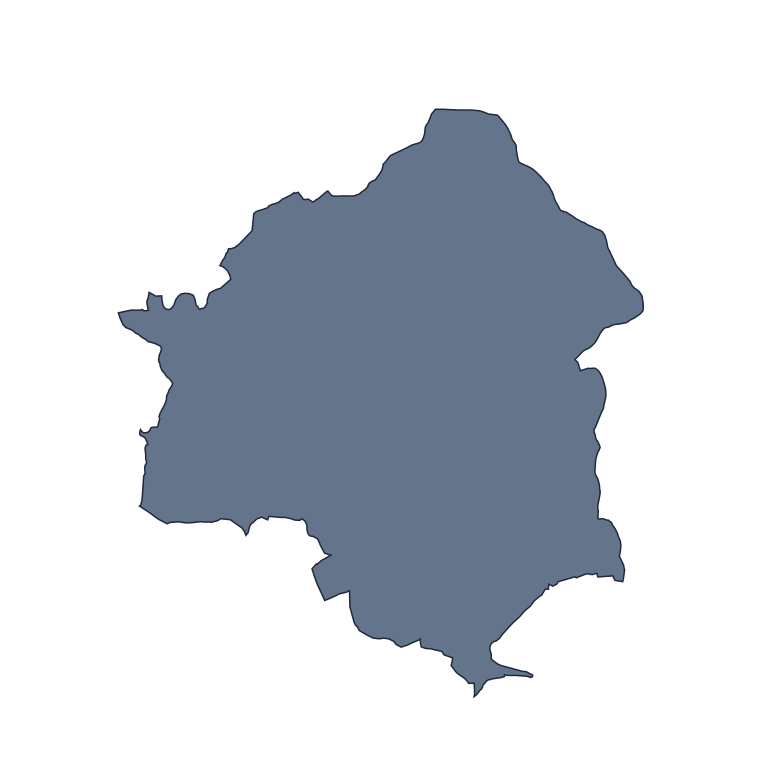 outline of Poiana Ilvei, Bistrita-Nasaud, Romania, rotated 282°
{"feature_id": "2599482B95786462044343", "entity_name": "Poiana Ilvei", "entity_type": "district", "adm_level": 2, "iso_a3": "ROU", "parent_name": "Romania", "parent_adm1": "Bistrita-Nasaud", "projection": "orthographic", "projection_center": [24.751, 47.354], "detail": "fine", "context": "isolated", "style": "filled", "palette": "slate", "viewbox_px": 768, "rotation_deg": 282, "n_neighbors": 0, "source": "geoboundaries", "source_scale": "gbopen_adm2", "svg_char_len": 6157}
<svg xmlns="http://www.w3.org/2000/svg" viewBox="0 0 768 768"><g transform="rotate(282 384 384)"><path d="M240.3,658.6L244.0,658.6L252.1,658.0L257.0,655.8L264.4,650.1L271.2,649.8L275.7,649.2L279.8,647.6L284.6,644.3L286.3,643.5L291.0,639.7L293.2,637.2L296.1,635.0L296.5,633.5L297.5,631.8L297.2,629.9L297.6,628.1L297.7,625.4L297.1,624.4L296.6,621.6L298.1,621.0L304.1,620.0L306.8,619.0L309.4,618.4L321.2,618.2L324.5,617.6L326.7,616.5L328.0,616.3L330.5,615.5L334.8,613.3L336.5,612.2L339.5,609.6L341.5,608.6L352.1,607.0L355.8,606.8L361.5,607.3L364.1,608.1L366.8,608.6L369.3,607.3L370.3,606.3L372.0,605.3L373.1,603.9L375.2,602.2L378.0,601.2L380.9,599.4L382.3,599.1L383.2,599.0L386.4,599.9L399.3,602.2L405.8,603.7L409.6,603.5L416.3,603.7L420.3,603.2L425.1,601.8L431.2,598.8L436.6,595.6L439.1,593.5L441.1,591.5L443.1,588.0L443.2,586.9L443.1,585.8L442.0,582.3L441.8,580.3L437.8,573.3L445.0,569.3L445.9,568.4L447.5,565.6L457.6,572.0L460.2,574.8L460.9,576.1L461.9,577.2L464.9,579.7L468.1,581.7L471.2,582.9L478.8,585.1L482.9,586.9L484.1,587.7L485.6,589.7L485.9,590.9L486.4,591.9L488.7,594.8L490.1,597.0L491.5,601.3L494.1,607.8L495.7,609.7L498.0,611.8L501.0,615.6L504.8,619.1L506.8,620.7L509.5,622.0L510.9,622.0L516.0,621.0L523.7,618.1L527.5,614.4L527.6,613.8L528.8,611.7L529.6,609.4L531.5,606.6L532.7,605.4L535.7,603.2L542.5,594.4L548.1,586.6L552.8,583.2L564.2,574.4L569.8,572.1L575.1,569.2L576.5,568.0L578.3,565.9L578.9,564.7L579.2,563.5L580.1,558.3L581.1,554.9L581.9,550.5L583.5,546.2L583.7,544.0L585.5,537.7L587.4,533.4L589.8,527.1L590.0,526.3L590.1,523.6L590.5,521.0L591.1,520.1L592.1,519.1L593.3,518.3L598.1,514.0L600.8,512.1L604.1,510.3L606.8,508.6L609.0,506.5L611.4,504.8L613.7,502.0L615.1,499.8L619.1,494.7L622.9,488.8L625.1,484.9L626.4,481.0L628.3,472.3L629.1,469.9L630.7,468.8L633.6,467.5L639.9,465.0L644.9,463.6L647.0,461.7L649.8,458.6L654.3,456.1L659.5,452.2L663.2,448.6L669.7,440.4L670.6,438.7L669.8,430.1L670.6,426.0L671.1,420.8L670.1,412.2L667.4,399.5L665.0,384.7L663.4,377.2L658.0,374.4L649.9,373.1L644.3,371.0L636.6,371.7L632.4,371.2L629.7,370.5L628.1,369.4L626.8,367.6L623.8,362.0L618.3,355.3L609.7,343.9L608.1,342.4L603.2,340.0L602.2,339.7L598.8,337.5L597.5,337.7L592.9,337.5L588.0,335.8L582.4,333.3L580.9,332.0L580.0,330.2L577.5,327.9L576.2,327.4L573.3,326.9L572.4,326.4L570.5,325.3L566.3,321.4L564.8,320.6L563.6,318.4L562.2,316.4L561.3,314.1L559.6,305.6L557.8,298.2L557.3,294.9L557.7,293.1L561.0,289.1L560.7,288.2L551.6,281.2L550.6,279.8L547.9,277.5L547.2,276.4L549.1,271.4L548.1,268.9L547.8,266.5L549.0,265.7L553.7,260.1L552.0,257.5L552.6,256.5L549.4,253.5L543.5,246.1L539.9,243.2L537.5,239.6L536.6,237.5L534.3,234.4L532.3,233.6L530.0,230.0L527.0,224.5L525.7,222.7L523.4,221.2L506.5,223.1L490.9,213.4L486.4,209.5L484.4,206.0L484.0,203.8L480.1,203.4L478.9,202.4L474.5,201.9L471.4,200.4L465.7,198.9L465.2,201.9L463.9,204.7L462.3,207.3L457.8,210.9L454.5,212.3L443.5,204.1L442.3,201.5L440.0,198.3L436.6,194.4L430.1,193.6L426.1,194.2L422.1,192.9L420.9,192.0L418.8,187.9L418.9,187.3L420.7,186.0L422.2,183.8L427.3,181.6L431.1,179.1L431.9,175.0L431.4,170.6L429.9,166.9L427.3,164.6L423.1,162.8L418.0,162.1L415.9,161.4L413.4,160.0L412.0,158.0L412.1,154.7L413.7,152.6L415.0,151.5L420.1,149.3L424.0,148.2L422.5,142.5L424.8,135.2L419.6,135.4L415.6,134.9L413.4,135.4L407.0,138.2L405.7,134.1L406.4,132.7L406.4,131.3L405.5,130.2L403.8,121.5L398.4,109.4L393.2,112.4L387.8,116.4L385.6,119.5L384.2,126.7L382.4,130.1L381.7,132.1L381.2,134.3L379.9,136.2L378.5,139.8L378.2,141.4L376.3,144.6L376.4,146.6L376.0,151.6L374.7,157.0L373.0,158.8L369.5,159.0L365.5,158.2L360.5,158.5L358.4,159.6L356.9,160.8L354.9,161.4L351.1,164.0L349.8,165.8L345.4,170.7L345.0,172.4L342.0,175.9L340.9,176.9L339.8,177.1L338.3,176.9L333.4,175.0L330.0,174.6L328.4,174.1L326.5,173.9L323.9,174.4L320.4,174.2L317.0,173.4L310.8,171.6L307.6,170.9L305.4,170.8L303.1,171.9L298.0,171.5L296.4,171.7L295.0,171.1L294.3,170.0L293.8,167.3L293.0,165.5L292.3,164.9L290.6,164.9L289.1,163.9L288.0,163.5L286.5,160.5L286.4,158.6L286.8,157.5L288.8,155.3L286.8,155.1L284.6,155.4L283.5,155.9L282.9,157.0L282.7,158.5L281.8,161.3L277.8,164.4L275.4,165.6L274.7,163.9L272.2,163.6L270.4,163.9L265.3,165.6L261.4,166.4L257.9,168.2L254.3,167.2L251.7,167.5L247.1,168.9L243.9,168.1L220.1,171.5L214.8,171.2L213.7,170.2L210.5,178.7L204.8,191.5L202.2,200.9L204.1,203.5L206.4,211.3L207.0,219.5L208.5,225.2L211.3,233.6L211.5,236.0L211.9,238.6L212.6,241.1L212.9,243.9L215.2,248.7L215.9,249.9L218.3,252.4L219.1,260.3L219.4,261.6L213.6,275.1L210.6,278.2L207.2,280.4L210.2,281.9L217.1,282.2L219.6,283.2L222.4,285.5L225.6,287.6L226.8,289.8L228.4,291.8L226.9,298.4L230.6,299.0L232.2,311.9L232.9,314.7L233.0,319.8L232.4,325.1L233.1,330.0L235.2,331.4L234.4,333.4L233.3,335.4L230.1,337.9L225.3,339.0L222.4,340.5L221.0,341.5L220.2,342.7L220.0,344.9L220.2,346.1L218.7,351.4L212.8,355.5L206.1,361.1L205.5,367.6L198.2,359.3L194.0,356.4L194.2,355.4L188.2,352.0L178.2,357.8L173.0,361.3L159.9,371.1L165.2,378.6L169.5,384.1L172.5,390.4L174.5,393.3L158.9,397.0L145.1,404.1L142.6,405.9L140.8,408.5L137.7,411.1L134.7,420.1L133.2,426.2L133.8,432.5L135.3,436.3L135.7,441.6L134.3,447.0L131.7,450.0L130.2,455.5L133.6,461.3L137.1,465.9L140.6,471.0L142.0,472.6L138.7,473.3L134.6,475.1L134.0,479.6L134.7,484.8L134.5,487.8L134.5,496.2L131.7,498.7L131.3,500.8L130.4,508.0L127.1,508.4L122.6,508.2L117.4,514.1L115.8,516.8L112.8,524.0L110.8,527.0L108.8,529.1L110.0,534.5L100.2,537.0L96.9,537.1L99.4,539.2L105.2,542.0L105.4,542.6L107.9,543.4L109.4,543.2L114.7,546.1L116.2,547.4L117.0,549.6L118.0,551.0L121.4,560.1L122.9,562.7L124.6,562.3L124.7,565.9L126.5,574.5L127.7,583.7L127.8,585.3L127.5,587.8L127.6,589.1L128.9,590.1L130.3,589.9L131.0,586.7L132.2,583.0L131.7,579.2L133.0,556.9L133.9,553.0L136.3,547.9L137.3,546.1L141.8,545.2L146.5,542.7L148.5,542.3L152.2,542.7L155.3,545.4L155.9,547.1L159.0,549.7L163.3,551.6L172.3,556.8L177.1,559.7L184.5,565.0L192.3,569.4L193.6,570.6L197.1,573.3L202.9,575.9L207.8,579.6L210.3,582.2L216.9,584.4L217.5,587.5L222.4,586.7L221.4,591.2L224.1,594.5L226.8,595.4L235.2,611.1L234.4,612.3L240.6,621.8L240.8,627.2L243.1,631.5L239.7,633.3L243.9,647.7L239.9,650.7L240.3,658.6Z" fill="#64748b" stroke="#1e293b" stroke-width="1.5"/></g></svg>